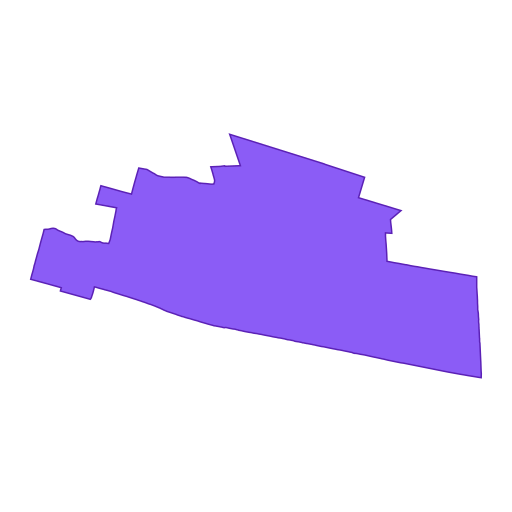 Studina, Olt, Romania (orthographic projection)
{"feature_id": "2599482B4417502525684", "entity_name": "Studina", "entity_type": "district", "adm_level": 2, "iso_a3": "ROU", "parent_name": "Romania", "parent_adm1": "Olt", "projection": "orthographic", "projection_center": [24.422, 43.965], "detail": "fine", "context": "isolated", "style": "filled", "palette": "violet", "viewbox_px": 512, "rotation_deg": 0, "n_neighbors": 0, "source": "geoboundaries", "source_scale": "gbopen_adm2", "svg_char_len": 6006}
<svg xmlns="http://www.w3.org/2000/svg" viewBox="0 0 512 512"><path d="M447.8,372.0L460.5,374.3L464.2,374.9L468.1,375.6L474.3,376.6L479.0,377.4L481.2,377.7L481.3,373.6L481.1,370.9L480.8,362.1L480.7,360.4L479.9,343.0L479.7,342.3L479.6,341.3L479.6,340.6L479.6,339.4L479.6,338.4L479.5,338.1L479.4,336.1L479.3,334.0L479.2,331.8L479.1,329.5L479.0,328.6L479.0,327.5L478.9,326.2L478.9,324.6L478.6,322.0L478.6,320.6L478.7,319.6L478.4,316.1L478.4,315.1L478.3,313.2L478.0,311.3L477.9,310.6L477.7,309.7L477.7,309.2L477.7,306.5L477.5,303.0L477.5,301.9L477.5,301.5L477.5,300.6L477.4,298.8L477.3,296.2L477.1,293.6L477.0,291.8L476.7,287.1L476.7,282.9L476.7,280.1L476.7,277.9L476.7,276.8L476.2,276.7L475.3,276.6L472.5,276.2L469.4,275.6L468.4,275.4L460.3,274.1L456.5,273.4L455.5,273.2L449.7,272.3L443.0,271.2L441.3,270.9L433.6,269.6L429.3,268.9L425.5,268.2L421.8,267.6L417.7,266.8L414.7,266.4L410.7,265.7L406.7,264.8L405.5,264.7L402.8,264.2L398.6,263.4L394.2,262.7L391.3,262.1L387.0,261.3L386.7,253.5L386.4,248.6L386.1,244.1L385.8,240.9L385.5,236.3L385.5,232.9L391.8,233.3L391.6,230.4L391.3,227.4L390.7,222.4L390.5,219.5L397.7,213.4L401.0,210.6L392.4,208.0L392.1,207.9L358.5,197.7L364.6,177.3L324.9,164.3L324.4,164.0L229.7,134.3L230.7,137.2L240.4,165.7L225.0,166.3L224.7,165.8L220.3,166.4L210.8,166.8L211.2,168.1L211.7,169.6L212.3,171.7L212.9,173.7L213.2,175.0L213.5,176.0L214.0,177.7L214.3,178.9L214.6,180.1L214.6,180.9L214.5,181.7L214.3,182.6L214.1,183.1L213.8,184.0L213.3,184.0L212.1,184.2L210.5,184.1L206.1,183.6L203.0,183.4L201.0,183.2L200.3,183.1L200.3,183.4L199.7,183.4L198.4,182.7L197.5,182.1L196.6,181.6L195.6,181.1L194.2,180.4L192.5,179.7L191.7,179.4L189.9,178.5L188.4,177.9L187.5,177.6L186.8,177.4L186.2,177.3L185.4,177.3L183.5,177.2L181.4,177.2L179.6,177.2L178.2,177.2L176.0,177.2L174.3,177.3L172.6,177.3L170.8,177.3L169.4,177.2L167.5,177.2L164.0,177.2L162.4,176.8L161.0,176.5L158.0,175.8L157.2,175.5L156.5,175.2L155.7,174.6L154.2,173.6L152.9,173.0L149.7,171.1L147.9,170.0L147.0,169.5L146.2,169.3L144.7,169.1L143.2,168.8L140.3,168.3L138.8,168.0L136.7,175.0L136.3,176.5L134.8,181.7L133.0,188.3L131.5,194.1L131.2,194.0L126.4,192.8L121.5,191.5L112.7,189.0L105.2,186.9L104.0,186.6L100.9,185.7L100.6,186.7L99.9,189.5L99.2,191.9L98.2,195.5L97.3,198.4L96.2,202.5L95.8,204.0L116.6,207.8L116.3,208.9L116.1,209.8L116.0,210.4L116.0,211.1L115.7,212.1L115.6,212.8L114.9,216.4L114.4,218.7L113.8,221.4L113.4,223.8L112.7,227.9L111.6,232.6L110.7,237.1L110.2,239.6L109.8,240.7L108.7,243.5L107.1,243.3L106.0,243.1L104.8,243.2L103.6,243.1L102.5,242.9L101.3,242.4L100.4,241.9L99.6,241.6L99.0,241.6L97.9,241.9L97.4,241.8L96.7,241.8L96.3,241.9L95.3,242.0L94.0,241.8L93.1,241.7L91.7,241.6L89.6,241.4L88.5,241.3L87.2,241.3L86.5,241.3L85.4,241.3L84.1,241.5L83.1,241.6L82.2,241.6L81.2,241.5L80.4,241.6L79.5,241.5L78.4,241.3L77.4,240.8L76.4,240.1L75.7,239.3L75.0,238.5L74.5,237.7L73.9,237.1L73.0,236.4L71.9,235.9L70.6,235.3L69.9,235.1L68.9,234.8L66.9,234.2L65.6,233.8L64.6,233.3L63.8,232.8L63.2,232.5L61.7,231.8L60.4,231.3L59.6,231.0L58.8,230.6L57.8,230.2L57.2,229.8L56.5,229.3L55.9,228.9L55.5,228.7L53.8,228.3L52.5,228.3L51.1,228.5L49.7,228.9L48.9,229.1L48.3,229.2L47.4,229.3L46.6,229.3L45.5,229.3L44.6,229.4L44.1,229.5L43.2,233.3L41.9,237.9L40.6,242.5L39.3,247.6L39.2,248.1L38.6,250.2L37.5,253.6L36.1,258.8L35.7,260.1L35.6,260.5L35.2,262.2L34.8,263.7L34.2,265.5L33.8,267.5L33.5,268.9L32.6,272.2L31.8,274.9L31.2,277.3L30.7,279.3L45.1,283.2L61.3,287.7L61.1,288.4L60.9,289.3L60.6,289.9L60.4,291.0L90.3,299.3L90.7,298.8L91.1,298.1L91.4,297.5L91.7,296.6L91.8,296.0L92.1,295.3L92.7,293.5L93.3,291.4L94.0,288.6L94.4,286.9L95.5,287.1L99.5,288.3L102.1,289.0L103.7,289.4L104.9,289.8L105.8,290.0L107.3,290.4L109.5,291.0L110.3,291.2L111.1,291.4L112.0,291.8L113.0,292.2L115.1,292.9L118.1,293.8L120.9,294.7L124.1,295.7L125.6,296.1L127.0,296.5L128.7,297.1L130.0,297.5L131.5,298.0L134.3,298.9L135.6,299.3L136.3,299.5L138.2,300.2L139.5,300.6L140.1,300.8L141.0,301.1L142.3,301.6L144.2,302.2L145.9,302.8L148.2,303.7L149.4,304.1L150.3,304.3L151.6,304.8L152.7,305.2L154.5,305.9L155.3,306.2L156.4,306.7L157.2,307.0L157.7,307.2L158.6,307.6L159.6,308.0L160.2,308.2L160.8,308.6L161.7,309.0L162.6,309.4L163.9,310.1L165.9,310.9L166.9,311.4L167.6,311.6L169.8,312.3L174.3,313.8L175.9,314.3L176.6,314.6L177.5,315.0L178.5,315.3L179.7,315.7L180.8,316.0L181.5,316.4L182.2,316.5L183.0,316.7L184.1,317.0L184.9,317.3L185.3,317.5L185.9,317.6L186.4,317.7L187.1,318.0L187.7,318.1L188.0,318.2L190.0,318.7L191.3,319.1L192.6,319.5L194.6,320.1L197.3,320.8L200.5,321.9L203.3,322.7L206.1,323.5L207.7,324.0L210.3,324.7L212.6,325.3L214.1,325.8L215.4,325.9L216.8,326.2L219.6,326.7L220.4,326.9L221.2,327.0L221.7,327.1L222.7,327.4L223.3,327.5L224.0,327.7L224.4,327.7L224.6,327.6L225.4,327.5L225.8,327.5L226.6,327.6L229.5,328.3L231.6,328.7L232.6,328.9L233.2,329.0L234.5,329.1L235.5,329.3L236.4,329.6L237.7,329.9L238.3,330.0L238.8,330.3L239.6,330.4L240.7,330.6L241.4,330.7L243.4,331.2L244.7,331.5L246.3,331.8L249.6,332.4L251.3,332.6L253.3,333.1L255.3,333.4L257.1,333.6L258.7,334.0L261.3,334.4L263.5,334.9L265.0,335.2L268.2,335.8L270.4,336.2L272.5,336.7L274.1,337.0L276.6,337.4L278.2,337.8L280.0,338.0L281.3,338.2L282.5,338.5L283.1,338.6L284.7,338.9L285.3,339.1L287.5,339.7L288.6,339.8L289.3,339.9L290.2,340.0L291.4,340.3L292.6,340.5L293.6,340.7L294.4,341.1L295.5,341.4L297.6,341.7L298.6,341.8L299.9,342.1L301.0,342.3L301.8,342.5L302.5,342.8L303.3,342.8L304.7,343.1L306.5,343.5L307.6,343.6L310.7,344.2L311.9,344.4L313.0,344.7L314.3,344.9L315.6,345.2L316.7,345.5L317.7,345.7L321.4,346.5L323.0,346.7L323.8,346.8L328.9,347.9L332.8,348.7L335.6,349.2L337.3,349.6L340.1,350.0L341.6,350.3L343.0,350.6L344.8,351.0L346.3,351.3L348.8,351.8L350.0,352.1L350.9,352.2L352.0,352.5L352.5,352.6L353.0,353.0L353.9,353.2L354.8,353.4L355.4,353.4L356.0,353.4L357.8,353.7L360.5,354.3L363.1,354.7L364.8,355.0L370.0,356.2L374.5,357.2L375.2,357.3L381.2,358.6L381.8,358.8L383.6,359.1L388.0,360.2L389.5,360.5L390.0,360.6L400.8,362.8L403.3,363.1L447.8,372.0Z" fill="#8b5cf6" stroke="#5b21b6" stroke-width="1.5"/></svg>